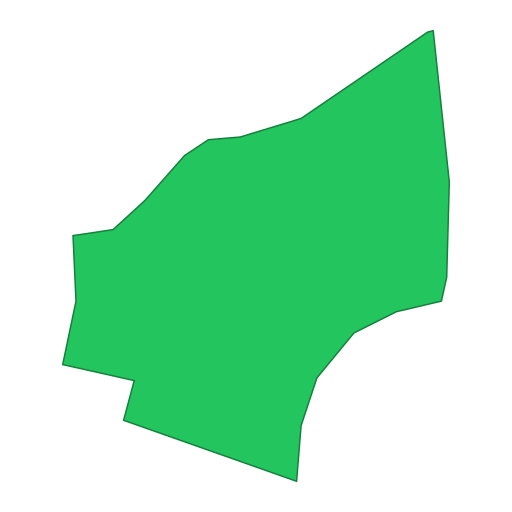 outline of Gangdong-gu, Seoul, South Korea
{"feature_id": "91817680B8309013283439", "entity_name": "Gangdong-gu", "entity_type": "district", "adm_level": 2, "iso_a3": "KOR", "parent_name": "South Korea", "parent_adm1": "Seoul", "projection": "albers", "projection_center": [127.15, 37.543], "detail": "fine", "context": "isolated", "style": "filled", "palette": "green", "viewbox_px": 512, "rotation_deg": 0, "n_neighbors": 0, "source": "geoboundaries", "source_scale": "gbopen_adm2", "svg_char_len": 390}
<svg xmlns="http://www.w3.org/2000/svg" viewBox="0 0 512 512"><path d="M427.6,32.1L301.0,118.5L240.2,137.0L208.4,139.7L184.6,155.5L144.9,200.5L113.1,229.6L73.0,235.6L76.0,301.1L62.7,364.6L134.2,380.6L123.6,420.3L296.6,481.3L301.1,425.6L316.9,377.9L354.0,332.9L396.4,311.7L441.4,301.1L446.7,277.3L449.3,182.0L433.2,30.7L427.6,32.1Z" fill="#22c55e" stroke="#15803d" stroke-width="1.5"/></svg>